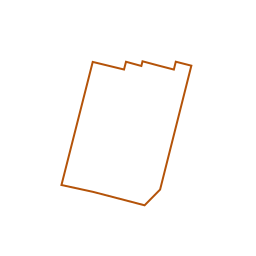 Tres Lomas, Buenos Aires, Argentina (orthographic projection), rotated 59°
{"feature_id": "61730980B65792055556448", "entity_name": "Tres Lomas", "entity_type": "district", "adm_level": 2, "iso_a3": "ARG", "parent_name": "Argentina", "parent_adm1": "Buenos Aires", "projection": "orthographic", "projection_center": [-62.914, -36.49], "detail": "fine", "context": "isolated", "style": "outline", "palette": "amber", "viewbox_px": 256, "rotation_deg": 59, "n_neighbors": 0, "source": "geoboundaries", "source_scale": "gbopen_adm2", "svg_char_len": 319}
<svg xmlns="http://www.w3.org/2000/svg" viewBox="0 0 256 256"><g transform="rotate(59 128 128)"><path d="M142.6,214.4L164.6,191.0L202.8,153.6L197.3,132.2L107.2,41.6L95.8,52.9L101.5,58.6L89.8,70.1L78.3,81.2L81.7,84.6L70.2,95.6L75.8,101.3L53.2,124.2L142.6,214.4Z" fill="none" stroke="#b45309" stroke-width="2"/></g></svg>